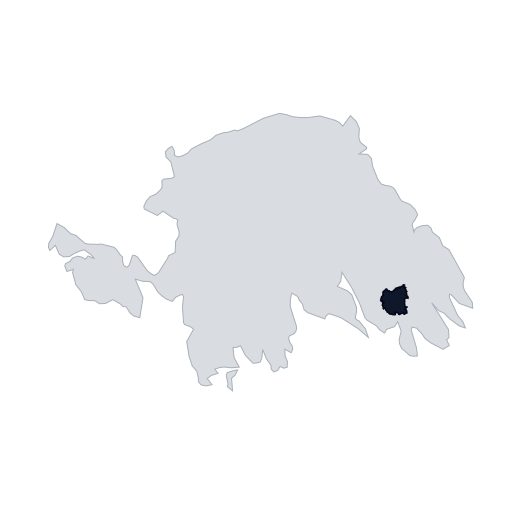 location of Castleisland Lea-4, Kerry, Ireland, rotated 257°
{"feature_id": "5873133B10619392934553", "entity_name": "Castleisland Lea-4", "entity_type": "district", "adm_level": 2, "iso_a3": "IRL", "parent_name": "Ireland", "parent_adm1": "Kerry", "projection": "mercator", "projection_center": [-9.401, 52.23], "detail": "fine", "context": "in_parent", "style": "filled", "palette": "ink", "viewbox_px": 512, "rotation_deg": 257, "n_neighbors": 0, "source": "geoboundaries", "source_scale": "gbopen_adm2", "svg_char_len": 8236}
<svg xmlns="http://www.w3.org/2000/svg" viewBox="0 0 512 512"><g transform="rotate(257 256 256)"><path d="M316.7,85.1L307.0,92.0L305.5,94.6L302.8,105.1L302.4,108.1L296.4,119.7L292.9,122.0L287.8,123.9L284.9,125.8L281.2,124.8L276.6,125.0L274.3,127.1L274.4,128.6L275.8,130.5L284.4,135.8L283.9,138.0L281.4,140.5L266.1,146.7L261.5,150.5L259.9,152.9L261.6,157.1L273.8,169.5L275.9,170.8L277.7,178.0L288.5,181.0L292.9,185.5L296.7,186.5L305.0,186.2L308.3,187.8L310.2,186.6L311.3,184.2L320.6,175.4L317.7,168.9L327.0,157.7L329.6,157.9L334.0,161.3L337.6,166.0L338.8,172.4L342.2,178.1L344.4,180.1L350.4,181.2L351.7,183.4L350.7,191.6L351.6,194.4L366.7,194.2L372.8,190.6L378.0,191.2L380.6,194.9L381.8,198.7L377.3,200.1L372.5,199.3L370.2,201.8L370.1,206.6L371.7,212.8L374.8,217.1L377.4,226.9L379.4,237.8L382.7,244.3L383.4,252.4L382.9,256.4L383.5,263.6L382.1,266.1L383.1,272.8L388.6,294.3L389.7,311.0L387.0,317.2L383.4,323.1L381.0,330.1L379.2,337.7L378.1,349.8L370.2,364.0L366.9,367.6L363.0,369.7L371.5,379.6L364.5,384.0L357.0,385.4L348.6,382.9L343.4,383.2L336.8,388.4L335.3,387.4L332.2,379.3L329.9,387.7L325.1,390.4L316.8,389.8L303.1,392.0L297.8,394.4L295.6,398.1L293.9,402.4L291.8,404.9L289.4,406.3L278.7,409.4L276.6,410.7L271.7,417.6L265.3,421.6L259.9,422.8L255.2,418.8L253.2,416.3L251.0,415.1L243.7,415.3L246.0,416.5L247.5,419.4L248.2,424.8L247.4,430.1L243.8,432.8L239.5,433.3L232.7,438.8L223.8,440.3L218.9,445.4L189.3,453.9L187.7,454.0L183.6,451.9L179.1,450.9L174.7,451.6L162.3,456.3L156.3,455.4L164.0,443.5L174.3,437.5L175.3,435.9L172.0,435.1L152.4,439.2L145.6,442.8L138.8,443.8L142.0,438.4L150.7,431.0L158.3,426.1L161.6,421.7L170.8,416.7L141.0,427.0L133.2,425.7L131.4,422.9L125.3,424.2L123.0,417.3L132.0,406.8L137.3,402.3L143.5,399.8L149.5,396.3L151.7,392.0L148.9,390.6L130.9,391.7L122.3,390.8L122.8,387.4L124.3,383.6L133.3,377.1L138.1,376.1L142.4,376.7L150.1,380.5L160.2,379.3L156.0,375.1L155.2,366.7L152.0,363.9L156.1,360.0L160.9,357.6L168.8,349.5L171.6,348.2L187.2,346.2L204.1,342.0L220.8,336.1L212.2,332.8L208.1,328.4L201.5,337.2L196.8,340.6L183.3,342.4L179.1,341.4L173.1,338.7L171.3,339.7L169.5,341.8L160.7,346.1L151.3,347.2L162.2,339.2L175.9,325.8L179.0,321.5L183.4,314.1L182.0,310.8L179.2,308.9L189.2,293.6L192.7,290.8L199.1,290.4L203.8,287.9L205.8,287.9L207.7,287.0L211.8,282.4L205.4,279.5L198.9,278.0L178.6,279.6L176.0,279.2L173.5,277.8L171.8,275.8L170.6,270.5L169.1,269.4L164.6,269.4L160.1,271.0L156.9,270.8L153.8,268.5L158.7,263.1L152.4,261.9L146.0,262.9L140.6,261.3L140.4,257.9L142.9,254.6L139.7,251.4L139.0,247.3L142.4,245.3L146.1,246.0L153.7,243.0L163.3,241.5L155.0,238.6L151.7,236.1L151.6,232.2L152.2,228.9L161.8,223.2L172.1,220.7L171.3,217.0L172.0,213.0L161.7,211.8L151.5,214.7L152.6,207.0L155.0,200.0L155.5,195.5L155.0,190.5L150.2,192.6L149.7,185.7L147.6,180.9L140.5,184.2L140.7,177.9L142.8,173.5L146.5,171.6L150.1,172.4L157.0,172.4L163.5,169.1L173.0,168.2L188.2,169.2L198.6,178.6L201.2,176.9L205.4,171.0L207.4,170.4L223.0,172.9L232.8,176.3L235.4,175.3L234.0,168.7L230.6,164.2L234.8,158.2L239.9,154.2L243.3,152.1L251.2,149.6L254.7,147.3L257.0,139.6L260.6,133.2L240.8,136.5L222.0,128.9L225.0,123.5L228.9,120.4L235.8,118.1L236.5,115.2L239.9,112.9L245.7,106.7L243.6,98.7L244.7,92.8L248.8,88.9L250.1,83.4L252.0,79.3L260.4,77.8L268.4,74.0L280.9,73.5L284.1,75.0L283.4,68.3L289.2,67.4L291.5,68.8L292.5,73.5L295.2,76.6L296.0,81.9L294.2,85.9L291.2,89.1L293.9,92.3L289.7,98.0L294.3,95.6L300.8,89.9L300.4,85.3L299.3,79.4L297.5,74.2L298.4,68.4L302.0,64.7L311.6,62.9L307.7,56.3L311.2,55.7L315.0,57.0L320.6,62.2L332.4,69.4L326.6,75.8L319.5,80.3L316.7,85.1ZM149.4,209.5L149.1,212.5L144.6,208.8L142.4,204.7L129.9,202.8L135.1,198.7L137.6,200.0L146.4,200.1L148.9,201.8L149.4,209.5Z" fill="#d9dde1" stroke="#a8b0b8" stroke-width="1"/><path d="M194.2,374.5L193.7,374.2L193.4,373.9L193.2,373.5L193.3,373.2L193.1,372.9L193.0,372.5L192.9,372.5L192.8,372.1L192.4,372.0L192.3,371.8L192.2,371.9L192.2,372.0L192.2,371.9L192.0,371.6L191.8,371.6L191.5,371.8L191.2,371.5L190.9,371.3L190.6,371.1L190.2,371.2L189.7,371.0L189.4,370.9L189.1,371.0L189.1,370.9L189.1,370.7L188.6,370.2L188.3,369.8L188.2,369.6L188.2,369.4L187.9,369.1L187.7,369.3L187.6,369.2L187.2,368.8L187.1,368.7L186.7,368.9L186.6,368.5L186.2,368.1L185.9,368.0L185.7,368.0L185.6,367.9L185.4,367.9L184.9,367.5L184.5,367.6L184.3,367.7L183.8,367.8L183.7,368.3L183.5,368.5L183.8,369.0L183.4,369.0L183.1,369.0L182.6,369.0L182.2,368.8L182.1,369.1L182.1,369.6L182.3,370.1L182.1,370.2L181.8,369.8L181.5,369.9L181.4,369.1L181.0,368.7L180.6,368.6L180.5,368.4L180.2,368.2L179.9,368.2L179.7,368.0L178.6,368.3L178.5,368.5L178.4,368.4L178.0,368.7L177.8,368.6L177.6,368.7L177.4,368.8L177.2,368.7L176.8,368.6L176.6,368.1L175.7,368.4L175.7,368.6L176.0,369.3L176.4,369.3L176.2,369.6L175.8,369.8L175.5,370.3L175.1,370.4L174.6,370.6L174.3,370.6L173.7,370.4L173.2,370.9L172.9,371.0L172.6,371.2L171.7,371.3L171.8,371.6L171.9,372.2L171.3,372.4L170.8,372.6L170.7,372.5L169.7,372.9L169.8,373.1L169.7,373.3L169.5,373.5L169.4,373.6L169.3,373.8L169.2,373.9L169.1,374.4L169.0,374.5L169.2,374.9L168.8,374.9L168.6,375.2L168.5,375.6L168.2,375.8L168.2,376.0L168.1,376.4L168.1,376.7L168.1,377.4L167.6,377.4L167.6,377.6L167.7,377.8L167.6,378.0L167.6,378.5L167.9,378.5L168.1,378.5L168.3,378.6L168.3,378.8L168.6,378.8L168.8,378.8L169.0,378.5L169.4,378.5L169.9,378.7L170.0,378.6L170.0,378.8L169.9,379.0L169.9,378.9L169.7,379.4L169.7,379.6L169.5,380.0L169.3,380.3L169.0,380.6L168.9,381.0L168.9,381.5L168.7,381.8L168.4,381.8L168.1,381.7L167.6,381.9L167.2,381.9L166.9,382.2L166.7,382.7L167.1,383.9L167.2,384.0L167.2,384.3L167.2,384.6L167.3,384.8L167.3,385.3L167.3,385.5L167.3,385.9L167.2,386.8L166.9,386.9L166.6,387.0L166.4,387.3L166.2,387.2L166.1,387.3L165.9,387.3L165.9,387.5L166.3,387.9L166.2,387.9L166.2,388.1L166.3,388.4L166.2,388.5L166.4,388.8L166.4,389.1L166.5,389.3L166.6,389.5L166.6,389.9L166.6,390.3L167.6,390.3L168.1,390.3L168.3,390.5L168.6,390.5L168.8,390.5L169.1,390.4L169.4,390.1L169.9,389.9L170.1,390.0L170.3,389.8L170.3,389.6L170.4,389.4L170.6,389.4L170.9,389.1L171.0,389.3L170.9,389.3L170.9,389.5L171.1,389.8L171.3,390.3L171.8,390.9L171.8,391.0L172.2,391.7L172.4,391.7L172.5,391.6L172.5,391.2L172.9,390.4L173.2,390.3L173.3,389.9L173.2,389.7L173.8,389.6L174.3,389.6L175.2,390.1L175.5,390.0L175.9,390.1L176.1,390.0L177.2,390.2L177.6,390.4L177.8,390.6L178.1,390.7L178.9,390.8L179.7,391.0L180.0,390.8L180.4,390.8L180.9,391.2L181.2,391.7L181.1,392.0L181.2,392.7L181.1,393.0L181.3,393.6L181.0,393.9L180.9,394.2L180.8,394.3L180.8,394.5L180.7,394.6L181.0,394.8L181.4,394.9L181.8,394.8L182.0,394.7L182.5,394.8L182.7,394.7L182.9,394.3L183.2,394.2L183.4,393.8L183.7,393.7L183.7,393.8L184.0,393.7L184.2,393.8L184.5,393.9L184.7,394.3L185.0,394.3L185.2,394.2L185.3,394.1L185.5,394.2L185.8,394.2L186.3,394.3L186.7,394.2L186.9,394.3L187.1,394.3L187.3,394.5L187.5,394.7L187.5,394.8L187.7,394.7L188.2,394.7L188.6,394.5L188.9,394.5L189.5,394.4L190.1,394.1L190.8,393.8L191.2,394.0L191.3,394.5L191.4,394.8L191.5,394.8L191.6,394.5L192.0,394.2L192.4,394.0L192.2,393.5L192.8,393.4L193.2,393.5L193.5,393.6L193.8,393.6L194.0,393.7L194.4,393.7L194.6,393.7L194.6,393.8L194.7,393.7L194.7,393.4L194.5,393.5L194.5,393.4L194.6,393.2L194.4,393.2L194.2,393.1L194.0,392.9L194.0,392.5L193.9,392.4L193.9,392.6L193.8,392.4L193.6,392.3L193.6,392.2L193.5,391.9L193.6,391.7L193.6,391.4L193.5,391.2L193.3,391.0L193.3,390.9L193.5,390.9L193.4,390.7L193.2,390.6L193.0,390.3L193.0,390.2L193.1,389.9L192.8,389.7L193.0,389.4L192.9,389.4L193.0,389.2L192.9,389.1L193.0,389.1L192.9,389.0L192.9,388.9L193.1,388.8L193.0,388.7L193.1,388.4L193.1,388.2L193.3,387.9L193.4,387.7L193.1,387.5L193.1,387.3L193.1,387.2L193.2,386.9L193.3,386.6L192.6,386.3L192.6,386.2L192.4,386.1L192.5,386.0L192.4,386.0L192.5,385.9L192.3,385.7L192.2,385.5L192.4,385.4L192.4,385.0L192.5,384.9L192.4,384.9L192.3,384.7L192.2,384.6L192.3,384.5L192.3,384.4L192.2,384.3L192.2,384.2L192.1,384.3L192.1,384.1L192.1,383.9L192.1,383.7L191.8,383.2L191.6,383.1L191.3,382.9L191.4,382.6L191.3,382.4L191.2,382.2L191.0,381.7L190.6,381.3L190.7,381.1L190.7,380.7L190.9,379.3L190.7,378.8L192.1,378.0L192.3,377.8L192.4,377.6L192.2,376.8L192.2,376.5L192.3,376.4L193.8,376.1L194.2,376.1L194.4,376.0L194.5,375.7L194.6,375.3L194.5,375.1L194.2,374.7L194.2,374.5Z" fill="#0f172a" stroke="#020617" stroke-width="1.5"/></g></svg>